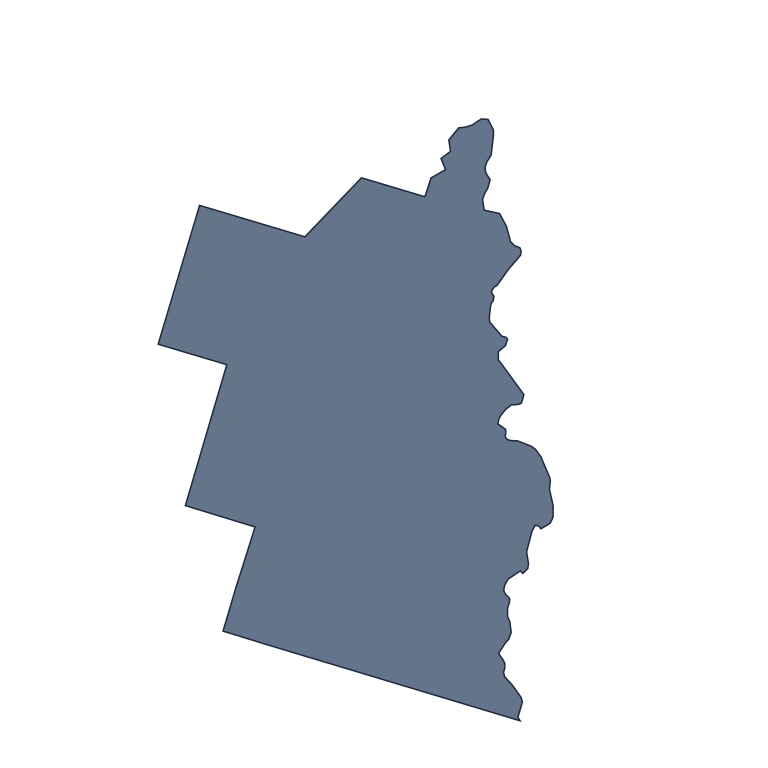 outline of Sabine, Louisiana, United States of America, rotated 197°
{"feature_id": "52423323B1560312281680", "entity_name": "Sabine", "entity_type": "district", "adm_level": 2, "iso_a3": "USA", "parent_name": "United States of America", "parent_adm1": "Louisiana", "projection": "orthographic", "projection_center": [-93.696, 31.506], "detail": "fine", "context": "isolated", "style": "filled", "palette": "slate", "viewbox_px": 768, "rotation_deg": 197, "n_neighbors": 0, "source": "geoboundaries", "source_scale": "gbopen_adm2", "svg_char_len": 1779}
<svg xmlns="http://www.w3.org/2000/svg" viewBox="0 0 768 768"><g transform="rotate(197 384 384)"><path d="M465.7,100.6L416.5,100.5L155.4,101.7L158.5,104.5L158.6,120.3L161.3,124.4L173.7,133.9L178.8,136.8L183.2,139.6L185.4,143.3L185.4,147.8L186.9,152.4L189.4,154.9L192.0,157.0L194.9,159.2L195.5,160.5L192.1,172.3L190.1,176.3L189.7,183.6L194.0,193.2L197.9,197.8L200.3,206.0L200.2,211.9L201.1,215.6L204.1,217.3L206.3,218.3L209.0,221.3L209.5,223.7L209.7,227.5L208.2,233.8L199.0,245.1L195.8,243.5L192.6,249.4L193.2,254.3L198.6,265.3L199.4,286.5L198.1,293.1L194.3,293.4L191.6,291.4L184.3,299.5L183.4,306.0L186.5,316.7L195.0,331.8L196.6,340.1L198.1,342.9L212.6,360.2L220.0,365.8L224.9,367.5L239.7,368.7L244.1,367.5L245.5,367.3L246.9,366.8L249.1,367.0L251.5,367.6L252.8,369.8L253.1,371.9L253.7,374.4L254.4,376.1L258.6,377.6L263.4,379.0L263.9,385.2L261.9,391.3L260.3,395.2L255.9,401.5L252.6,402.4L249.9,403.7L248.3,404.5L246.9,406.2L246.9,409.3L247.2,414.8L275.7,436.2L281.7,440.5L284.1,448.4L279.0,456.3L278.9,463.0L281.2,464.3L285.3,464.2L300.8,474.0L302.5,477.6L303.6,482.7L304.8,489.2L305.0,492.8L303.9,495.5L304.5,500.1L307.2,502.1L308.1,503.8L308.2,505.4L307.5,507.3L306.7,509.4L304.8,511.2L298.5,530.0L291.0,547.2L291.7,551.1L293.7,553.9L299.8,554.6L304.5,557.1L313.0,570.6L323.3,580.8L339.1,579.6L343.7,589.3L343.4,595.7L342.0,601.6L342.2,610.5L346.6,614.0L348.4,616.1L349.9,618.6L350.6,621.4L350.6,626.0L348.5,634.3L351.9,653.3L353.5,658.6L354.5,659.9L361.9,667.5L368.5,665.9L375.4,657.4L381.5,653.3L387.5,650.8L387.5,650.7L393.4,636.4L388.4,625.9L395.4,616.3L387.8,606.9L399.3,594.8L399.6,575.0L465.8,574.6L502.7,501.6L612.6,500.9L611.6,356.0L540.0,356.5L538.4,209.6L465.5,209.6L465.8,170.3L466.1,149.0L465.7,100.6Z" fill="#64748b" stroke="#1e293b" stroke-width="1.5"/></g></svg>